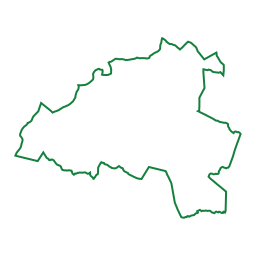 outline of Nandi Hills, Rift Valley, Kenya
{"feature_id": "3690345B43837463822996", "entity_name": "Nandi Hills", "entity_type": "district", "adm_level": 2, "iso_a3": "KEN", "parent_name": "Kenya", "parent_adm1": "Rift Valley", "projection": "orthographic", "projection_center": [35.259, 0.122], "detail": "fine", "context": "isolated", "style": "outline", "palette": "green", "viewbox_px": 256, "rotation_deg": 0, "n_neighbors": 0, "source": "geoboundaries", "source_scale": "gbopen_adm2", "svg_char_len": 5773}
<svg xmlns="http://www.w3.org/2000/svg" viewBox="0 0 256 256"><path d="M15.4,155.7L37.7,161.1L43.3,152.4L46.0,156.8L46.9,158.1L47.8,158.5L48.6,159.1L49.0,159.9L49.8,160.2L50.6,160.1L51.0,159.6L52.0,159.5L53.1,159.9L53.8,160.5L54.3,161.1L54.7,161.8L55.2,162.3L55.6,163.1L56.2,163.7L56.8,164.4L57.4,164.8L58.2,165.0L58.8,165.4L59.7,165.6L60.5,166.1L60.9,166.7L61.0,167.3L61.4,167.9L61.5,168.5L61.9,169.1L62.4,169.9L63.3,170.1L64.2,170.4L65.1,170.3L66.1,170.3L66.8,170.6L67.8,170.5L68.8,170.2L69.9,170.4L70.7,170.7L71.5,170.7L71.7,171.4L72.0,172.0L72.2,172.9L72.7,173.8L73.4,174.2L73.9,174.7L74.7,174.1L75.1,173.5L75.9,173.7L76.7,173.4L77.5,172.9L78.5,172.9L79.7,172.5L81.8,172.7L82.9,172.7L84.6,172.4L85.2,172.4L85.8,172.7L86.5,173.1L87.2,173.5L87.9,173.8L88.7,173.6L89.5,173.0L90.1,172.6L90.2,173.6L90.1,174.6L90.3,175.1L90.8,175.9L93.0,177.9L93.4,178.8L94.1,178.5L94.4,177.9L94.6,177.3L95.1,177.0L95.5,176.3L96.0,175.4L96.8,174.6L97.7,174.3L98.0,172.7L98.2,167.5L100.2,163.7L101.3,162.2L102.2,162.8L103.2,162.8L103.9,162.9L104.2,163.7L104.7,164.2L106.9,164.7L107.8,165.2L108.8,166.1L109.5,166.7L110.4,167.0L111.8,168.0L114.5,168.4L115.4,168.3L116.5,167.9L118.3,166.5L119.0,166.1L119.9,166.8L120.5,167.3L121.5,167.9L122.3,168.0L122.8,168.5L123.3,169.7L123.6,170.4L124.1,171.0L125.3,171.8L127.9,173.0L128.4,174.0L129.0,174.4L129.5,174.6L130.3,175.1L131.5,175.6L133.8,176.8L136.9,178.2L138.3,178.6L141.5,179.0L148.9,167.0L165.6,171.1L166.7,173.2L167.0,174.3L168.2,176.5L171.4,183.3L174.8,202.6L177.9,210.1L181.2,217.0L182.0,217.4L183.0,217.6L183.6,217.7L184.4,217.7L184.9,217.3L185.6,217.0L186.5,217.1L187.1,216.4L187.9,216.0L188.7,216.6L189.5,216.6L190.1,216.1L191.0,215.7L192.1,215.4L193.1,215.2L194.0,215.1L194.5,214.7L195.0,214.1L195.6,213.5L196.3,213.2L197.1,213.1L197.9,212.7L197.2,211.2L199.9,209.9L201.6,211.2L202.2,210.8L203.0,210.7L203.6,210.9L204.6,210.8L205.8,210.5L206.6,210.7L207.2,210.9L209.4,210.7L210.3,210.9L211.6,212.1L212.4,212.7L213.4,212.7L214.1,213.2L214.9,212.7L215.5,212.0L216.1,211.6L216.8,211.8L217.7,212.2L218.4,212.3L219.1,211.7L219.9,211.9L221.3,212.8L222.3,213.0L223.2,212.8L223.3,211.8L223.9,211.6L224.5,212.0L225.0,212.5L225.4,211.7L225.6,210.9L226.1,191.7L219.2,185.9L217.0,184.2L215.8,183.1L210.3,178.5L208.6,176.7L209.0,175.5L209.6,174.3L210.5,173.6L211.3,173.6L212.0,173.7L213.4,174.2L214.0,174.3L214.9,174.1L215.8,173.7L216.4,173.9L217.2,174.0L218.3,173.8L218.7,173.1L218.8,172.4L218.8,171.6L219.1,170.9L220.1,169.5L220.2,168.9L220.6,168.1L221.4,167.5L222.3,166.9L223.0,167.1L223.6,167.4L226.1,168.3L226.7,167.9L227.5,167.7L228.2,167.7L229.4,166.1L232.9,156.6L234.6,150.7L236.5,145.2L239.0,138.4L240.6,133.9L240.2,133.4L239.4,132.7L238.4,132.0L237.6,132.2L237.0,132.1L236.4,131.7L235.3,131.5L234.2,132.0L233.6,133.1L231.5,131.6L230.4,130.4L229.5,129.4L229.5,128.7L229.2,128.1L228.7,127.5L228.1,126.4L228.0,125.1L228.0,124.1L226.6,123.1L225.3,122.7L224.3,122.8L223.7,122.8L222.9,122.5L219.6,121.9L218.2,121.0L217.5,120.7L216.6,120.6L215.9,120.6L213.1,118.8L204.6,114.4L199.8,112.1L199.1,111.6L198.0,111.1L199.2,110.4L199.3,107.7L199.4,106.1L199.4,97.7L203.4,90.1L204.5,88.0L203.4,72.6L203.4,69.3L207.7,70.2L208.6,69.6L209.6,69.9L210.7,70.1L211.5,70.7L212.3,71.5L213.1,71.9L214.1,72.1L217.9,72.6L218.7,72.7L220.4,72.1L223.3,75.3L223.8,70.3L223.8,65.1L222.9,64.1L221.0,62.5L220.5,61.9L219.7,60.6L218.1,57.8L217.7,57.1L217.2,56.5L216.7,55.5L216.6,54.5L216.6,53.4L216.4,52.6L204.2,59.4L203.8,59.0L203.5,58.4L203.0,57.8L201.2,55.6L200.7,55.0L199.9,53.9L199.2,53.0L198.3,52.1L197.9,51.6L197.5,50.9L197.3,50.0L196.8,49.1L196.5,48.1L196.1,47.4L195.5,46.7L194.7,46.1L191.4,43.1L190.2,42.4L189.4,42.2L188.7,42.0L188.1,41.7L187.0,42.6L182.1,47.6L179.9,49.5L178.8,48.4L178.0,47.9L177.2,47.3L176.9,46.7L176.2,46.3L175.6,45.7L174.6,45.1L173.6,45.0L171.8,44.1L171.1,44.0L170.3,44.1L169.4,43.9L168.6,43.2L167.9,42.9L167.3,42.2L166.5,41.9L166.2,41.1L165.6,40.4L164.0,39.3L163.4,38.9L162.7,38.3L162.0,38.3L161.5,41.0L161.3,42.1L161.2,42.9L160.5,44.4L160.3,45.4L160.2,46.4L160.2,48.1L160.0,49.2L159.3,50.0L158.6,50.8L157.7,51.5L156.9,51.9L155.0,52.7L153.1,53.9L152.4,54.5L150.5,55.6L149.8,56.3L149.6,57.1L149.3,57.9L147.3,58.5L144.5,58.2L143.7,58.1L139.9,58.2L139.1,58.2L138.3,58.0L137.0,57.6L135.6,58.4L134.7,58.7L128.7,59.8L127.4,60.0L126.4,59.9L125.6,60.1L124.0,59.4L123.0,59.3L122.2,59.1L121.4,59.1L120.6,59.2L119.6,59.2L118.6,59.2L117.9,58.9L117.3,58.9L116.4,58.8L115.6,58.8L114.5,59.4L111.9,61.2L110.9,61.7L109.5,62.0L108.6,62.5L108.9,63.3L109.2,64.1L110.4,66.4L110.7,67.3L111.2,69.7L111.2,70.4L111.1,71.2L111.1,72.0L111.1,72.7L111.0,73.5L110.2,74.0L109.4,74.3L108.2,74.9L106.6,75.0L102.9,74.9L102.0,74.6L102.3,73.9L102.6,71.7L102.7,71.0L102.3,69.8L101.3,69.8L100.6,69.7L100.0,69.5L99.4,69.0L98.6,68.8L95.3,70.4L93.9,72.2L93.1,73.9L93.1,74.7L93.4,77.1L93.4,77.8L93.0,79.4L92.4,80.1L91.2,81.2L89.0,83.0L88.4,83.4L86.7,84.3L86.2,84.6L85.4,84.8L83.2,85.1L80.6,85.3L78.3,85.2L78.7,86.4L78.7,87.3L78.6,88.1L78.3,89.2L77.8,90.1L76.6,91.9L75.7,94.9L75.5,95.9L75.4,96.9L75.3,97.7L74.1,99.4L73.8,100.2L73.3,100.9L72.8,101.6L72.1,102.1L71.6,102.6L70.8,103.3L70.0,104.0L69.0,104.6L68.3,105.2L66.7,105.8L65.1,106.6L63.7,107.0L63.1,107.3L62.4,107.7L61.9,108.1L61.4,108.4L60.6,108.8L59.7,109.5L58.8,110.1L58.1,110.4L57.2,110.7L56.2,111.2L55.2,111.4L53.4,112.2L52.6,112.6L50.6,110.6L41.1,103.0L38.3,111.3L33.3,116.5L32.9,117.3L32.4,118.4L32.1,119.3L31.4,120.7L30.8,121.4L29.2,122.4L28.4,122.8L27.7,122.9L27.5,123.6L26.9,124.4L26.1,125.2L24.6,126.4L23.9,126.9L23.1,127.9L21.8,129.7L21.2,131.2L20.2,133.9L20.1,135.2L20.2,135.9L20.8,136.5L21.4,137.3L22.5,139.2L22.6,140.2L22.4,141.2L21.6,143.7L21.0,146.4L20.7,147.2L20.3,148.1L19.7,148.8L18.6,150.4L18.0,151.0L17.5,151.6L16.5,153.1L16.2,153.9L15.7,154.7L15.4,155.7Z" fill="none" stroke="#15803d" stroke-width="2"/></svg>